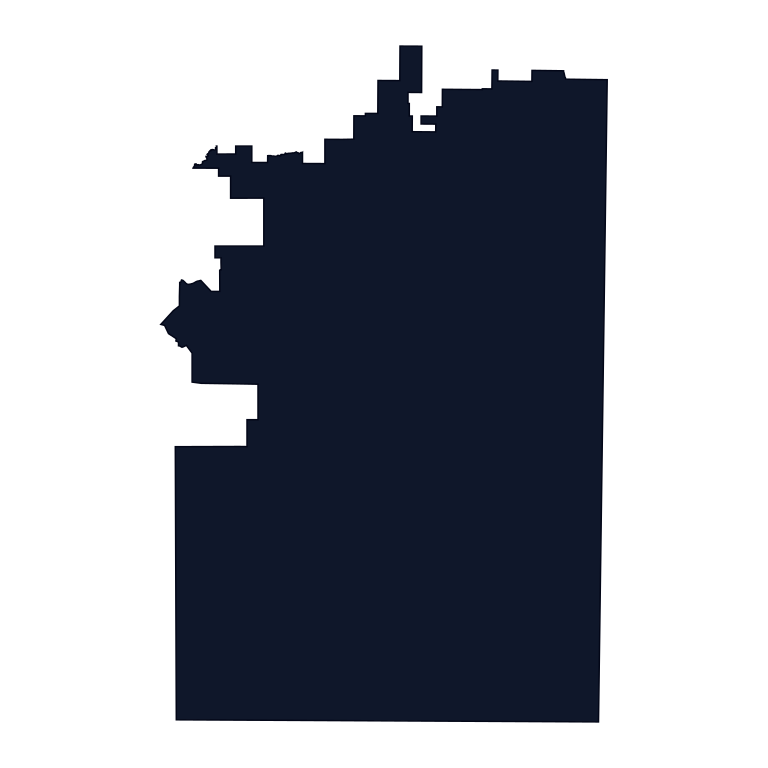 the district of Halls Creek, Western Australia, Australia
{"feature_id": "25037944B45139039746134", "entity_name": "Halls Creek", "entity_type": "district", "adm_level": 2, "iso_a3": "AUS", "parent_name": "Australia", "parent_adm1": "Western Australia", "projection": "orthographic", "projection_center": [126.613, -19.001], "detail": "fine", "context": "isolated", "style": "filled", "palette": "ink", "viewbox_px": 768, "rotation_deg": 0, "n_neighbors": 0, "source": "geoboundaries", "source_scale": "gbopen_adm2", "svg_char_len": 5137}
<svg xmlns="http://www.w3.org/2000/svg" viewBox="0 0 768 768"><path d="M175.3,447.3L176.3,719.8L598.5,721.9L607.2,79.7L590.0,79.5L565.7,79.2L565.6,78.8L565.6,78.4L565.5,78.1L565.4,77.7L564.9,76.9L564.7,75.9L564.6,75.5L564.5,75.1L564.4,74.7L564.4,74.4L564.3,73.9L564.1,73.5L564.0,72.7L563.8,72.3L563.7,71.9L563.6,71.6L563.6,70.8L532.0,70.4L531.9,81.4L497.8,81.0L497.9,70.1L492.1,70.0L491.9,88.9L482.3,88.8L482.3,89.6L442.4,89.3L442.3,106.9L436.8,106.8L436.8,116.1L421.1,116.0L421.1,124.0L435.8,124.1L435.7,131.9L412.2,131.7L412.3,116.0L409.3,116.0L409.3,103.5L408.0,103.5L408.0,92.4L421.6,92.5L421.8,46.2L400.0,46.1L399.8,80.6L378.0,80.5L377.8,113.4L365.4,113.4L365.4,115.9L353.9,115.8L353.8,139.2L342.2,139.4L324.9,139.3L324.9,163.6L302.5,163.5L302.5,152.5L302.4,152.6L302.2,152.5L301.8,152.5L301.7,152.5L301.5,152.4L301.2,152.4L301.1,152.5L301.3,152.6L301.3,152.8L301.5,153.0L301.2,152.9L300.9,152.6L300.7,152.6L300.4,152.9L300.3,153.1L300.2,153.1L299.8,153.4L299.0,153.4L299.0,153.5L298.9,153.6L298.7,153.2L298.1,152.8L297.8,152.7L297.5,152.7L297.3,152.7L297.2,152.6L296.9,152.6L296.7,152.3L296.5,152.1L296.4,152.0L296.2,151.9L295.4,152.3L294.9,152.6L294.5,152.7L294.2,152.8L293.6,153.0L293.4,153.0L293.1,152.9L292.9,153.0L292.6,152.9L292.1,153.0L291.8,153.1L291.5,153.1L291.4,153.1L291.0,153.2L290.9,153.3L290.5,153.2L290.3,153.3L289.9,153.3L289.6,153.3L289.2,153.3L288.5,153.3L288.3,153.4L288.2,153.5L287.9,153.5L287.7,153.5L287.4,153.5L287.1,153.7L287.1,153.8L286.9,154.0L286.6,154.0L286.4,153.9L286.1,153.8L285.9,153.6L286.0,153.4L285.8,153.2L285.7,153.1L285.4,153.1L285.1,153.3L285.0,153.7L284.9,154.1L284.8,154.3L284.7,154.4L284.4,154.6L284.0,154.5L283.6,154.6L283.4,154.6L283.1,154.5L282.8,154.5L282.7,154.5L282.2,154.5L281.8,154.5L281.0,154.5L280.9,154.6L280.8,154.9L280.9,155.3L280.8,155.7L280.7,155.8L280.3,155.9L280.2,155.9L279.9,156.0L279.9,155.9L279.2,155.5L278.9,155.5L278.6,155.4L277.9,155.4L277.7,155.4L277.5,155.5L277.2,155.8L276.9,156.1L276.6,156.2L276.2,156.2L275.7,156.3L275.2,156.4L274.9,156.3L274.5,156.2L274.2,156.1L273.8,156.1L273.6,156.0L273.3,156.0L273.2,156.0L272.9,156.0L272.3,156.1L272.2,156.1L271.9,156.1L271.7,156.1L271.5,155.9L271.2,155.7L270.7,155.6L270.2,155.6L269.8,155.7L269.6,155.6L269.1,155.6L268.9,155.7L268.5,155.6L267.7,155.7L267.6,162.5L251.8,162.5L251.8,146.1L235.7,146.1L235.7,154.0L216.9,154.1L216.9,146.1L216.6,146.1L216.7,146.3L216.8,146.5L216.7,146.8L216.3,147.2L216.2,147.2L215.7,147.5L215.5,147.8L215.6,148.0L215.5,148.3L215.7,148.6L215.8,149.1L215.7,149.4L215.5,149.6L215.1,149.8L214.9,149.9L214.7,150.0L214.4,150.1L214.1,150.1L213.9,150.0L213.7,149.8L213.5,149.7L213.3,149.7L213.2,149.7L212.8,149.7L212.7,149.7L212.2,149.8L211.9,149.7L211.8,149.8L211.8,149.7L211.5,149.8L211.2,149.8L210.9,149.9L210.9,150.0L210.7,150.1L210.4,150.4L210.4,150.8L210.0,151.0L209.9,151.0L209.7,151.0L209.5,151.3L209.3,151.5L209.2,151.7L209.0,151.9L209.0,152.0L208.9,152.1L208.9,152.6L208.7,153.0L208.3,153.5L208.0,153.6L208.0,153.8L207.7,153.9L207.4,154.1L207.2,154.3L207.1,154.5L207.4,154.8L207.6,155.0L208.1,155.2L208.4,155.7L208.4,155.8L208.3,156.0L208.1,156.2L207.9,156.3L207.7,156.3L207.4,156.4L206.9,156.5L206.5,156.5L206.4,156.4L206.0,156.4L206.0,156.8L206.3,157.3L206.4,157.5L206.5,157.7L206.7,158.0L206.9,158.3L206.9,158.6L207.0,158.8L207.0,159.0L207.0,159.4L206.9,159.6L206.8,159.8L206.8,160.0L206.6,160.1L206.3,160.3L206.0,160.4L205.8,160.5L205.1,160.5L204.7,160.6L204.2,160.9L203.9,161.0L203.7,161.2L203.5,161.3L203.4,161.5L203.2,161.5L202.8,161.5L202.4,162.0L202.5,162.4L202.5,162.7L202.6,162.9L202.6,163.0L202.4,163.3L202.4,163.5L202.3,163.8L202.1,164.0L201.6,164.3L201.1,164.5L200.7,164.7L200.3,164.9L199.9,164.9L199.8,165.0L199.6,165.1L199.1,165.1L198.9,165.0L198.8,164.9L198.7,164.8L198.4,164.7L198.1,164.7L197.7,164.7L197.4,164.8L197.1,164.9L196.8,164.9L196.6,164.9L196.4,164.7L196.3,164.2L196.1,163.9L195.2,164.0L194.8,164.1L194.7,164.2L194.7,164.3L194.6,164.6L194.6,164.9L194.6,165.0L194.8,165.4L194.8,165.5L194.4,165.9L194.2,166.3L194.1,166.5L193.9,166.8L193.5,167.2L193.4,167.3L193.3,167.5L193.2,167.8L193.1,168.1L218.6,168.2L218.6,176.1L230.6,176.1L230.6,198.2L263.8,198.1L263.8,246.1L215.0,246.1L215.0,257.8L221.0,257.8L221.0,262.5L221.2,269.8L220.9,269.9L220.7,269.9L220.4,269.7L220.2,269.8L220.1,270.0L219.7,270.3L219.8,291.4L211.1,291.4L200.8,280.4L199.9,280.6L198.5,281.0L197.6,281.1L197.3,281.2L196.5,281.5L195.7,281.9L194.5,282.6L194.0,282.9L192.7,283.5L192.2,283.6L191.1,283.9L190.8,284.0L190.0,284.2L189.2,284.2L188.9,284.4L188.5,284.4L187.4,284.2L187.1,284.1L186.0,283.4L185.7,283.1L185.1,282.4L184.8,282.1L183.4,280.8L183.1,280.5L182.1,280.1L181.5,280.0L180.7,282.4L179.7,282.4L179.7,284.6L179.9,284.6L179.7,285.2L179.4,296.4L179.4,305.9L173.3,310.7L160.8,324.4L164.6,325.4L168.5,333.6L176.3,338.7L175.9,341.0L176.2,341.1L177.3,341.5L178.5,342.1L178.5,345.8L179.3,345.8L181.2,346.8L181.3,346.9L181.5,347.0L181.9,347.2L182.0,347.1L182.3,347.1L182.9,347.0L185.9,345.6L186.3,345.3L192.1,353.1L192.1,382.1L201.3,383.3L235.5,383.8L258.0,384.2L258.0,419.7L247.0,419.7L247.0,446.6L239.4,446.5L175.3,446.7L175.3,447.3Z" fill="#0f172a" stroke="#020617" stroke-width="1.5"/></svg>